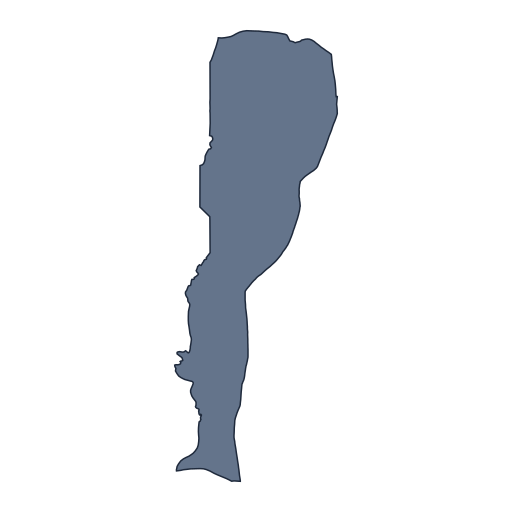 the district of Leuk Daek, Kândal, Cambodia
{"feature_id": "14789045B16500497794809", "entity_name": "Leuk Daek", "entity_type": "district", "adm_level": 2, "iso_a3": "KHM", "parent_name": "Cambodia", "parent_adm1": "Kândal", "projection": "albers", "projection_center": [105.189, 11.12], "detail": "fine", "context": "isolated", "style": "filled", "palette": "slate", "viewbox_px": 512, "rotation_deg": 0, "n_neighbors": 0, "source": "geoboundaries", "source_scale": "gbopen_adm2", "svg_char_len": 6060}
<svg xmlns="http://www.w3.org/2000/svg" viewBox="0 0 512 512"><path d="M218.3,37.8L218.0,39.7L217.5,41.6L216.6,44.8L215.6,48.0L214.5,50.8L213.2,55.0L212.0,58.2L211.4,59.9L210.0,62.3L210.1,98.9L209.9,102.2L210.0,105.5L210.1,108.6L209.9,110.9L210.1,113.4L210.2,123.4L209.6,135.6L211.7,136.2L212.4,137.3L212.8,138.9L212.5,140.2L211.7,141.1L210.0,142.9L209.9,144.8L210.4,145.9L211.4,147.4L210.6,148.8L208.8,149.2L207.1,152.0L205.9,154.4L205.2,156.1L205.1,157.3L205.0,159.4L204.8,160.5L204.2,162.3L203.5,163.7L202.3,164.8L200.6,165.4L200.0,165.6L199.9,207.0L209.8,216.7L209.9,220.3L210.1,252.7L206.3,257.7L206.6,258.8L206.2,259.3L204.9,259.6L204.0,260.4L203.5,261.7L202.5,263.0L201.7,264.5L201.1,265.4L199.4,264.8L197.6,266.7L197.3,268.1L196.6,269.8L196.2,270.7L196.9,272.1L197.7,272.8L198.4,274.0L197.9,274.9L196.5,276.1L194.2,277.6L194.3,278.7L193.7,279.3L191.9,279.4L191.5,280.4L191.2,282.3L190.9,283.7L190.7,285.1L190.0,285.6L188.9,285.7L188.2,286.4L187.4,288.5L186.8,290.1L185.5,292.0L185.4,293.4L185.7,294.7L186.0,295.6L186.8,297.0L187.6,298.1L187.8,299.8L187.9,301.0L188.2,301.7L189.0,302.7L189.6,303.8L189.8,304.7L189.6,306.4L189.1,308.5L188.5,311.3L188.4,313.7L188.3,316.4L188.3,320.5L188.5,323.7L189.0,326.6L189.5,330.1L189.9,333.4L190.4,335.5L191.2,337.7L191.4,339.8L191.1,342.0L190.8,344.1L190.3,346.7L190.3,348.1L190.1,349.1L189.9,350.4L189.2,352.2L188.6,352.8L187.7,352.6L187.2,352.1L186.4,351.3L185.5,350.8L184.7,351.4L184.0,351.9L182.5,352.1L181.3,351.9L179.5,351.6L178.1,351.9L177.4,352.1L177.0,352.8L177.1,353.9L179.0,355.4L179.9,356.1L181.8,357.5L182.2,358.3L182.6,359.6L182.7,360.5L181.6,361.0L180.7,361.1L180.1,361.5L180.8,362.5L180.5,363.7L179.3,364.5L177.6,364.8L176.0,364.7L174.7,365.1L174.8,366.1L175.2,367.2L175.9,368.4L175.6,370.1L175.5,371.0L176.5,372.8L177.4,374.2L178.7,376.0L180.8,377.5L182.9,378.6L184.8,379.5L187.8,380.3L189.9,380.9L192.0,381.4L192.8,382.0L193.2,382.7L193.2,383.5L193.0,384.1L192.2,386.2L191.2,388.4L190.6,390.2L190.6,392.2L191.3,394.5L191.9,396.1L193.0,397.9L194.3,399.6L195.7,401.4L196.1,402.8L196.0,404.2L196.0,405.4L195.5,406.4L195.7,407.2L196.6,408.1L197.5,408.5L198.6,408.9L199.1,409.9L198.6,411.0L198.8,412.0L199.0,413.8L199.5,414.8L200.0,415.1L200.8,414.3L201.4,415.0L201.3,415.7L200.7,416.9L200.5,417.8L200.7,418.9L200.9,419.6L200.4,420.3L200.2,421.2L199.1,421.9L199.0,422.9L198.7,425.6L198.5,427.8L198.4,431.6L198.6,435.0L198.9,438.2L198.7,441.5L198.2,445.2L197.2,448.1L195.1,451.1L193.2,453.2L191.3,454.6L188.9,456.2L186.0,457.5L183.4,458.9L180.9,460.8L179.7,462.3L178.3,464.3L177.1,466.5L176.7,468.6L176.4,469.9L176.5,470.9L178.2,470.7L180.5,470.4L183.6,469.7L186.4,469.4L190.4,468.9L193.8,468.8L196.2,468.7L200.1,468.6L203.5,468.8L206.2,469.5L209.9,471.0L214.1,473.3L217.6,474.9L221.7,476.6L226.3,478.5L229.0,479.8L231.6,481.2L234.1,480.9L238.6,481.2L240.3,481.3L240.3,480.5L240.0,478.5L239.5,475.4L239.2,472.7L238.9,469.8L238.6,467.9L238.3,465.3L237.7,461.5L237.2,458.0L236.6,454.3L236.2,451.6L235.9,449.4L235.5,446.9L235.1,444.7L234.9,443.4L234.7,441.3L234.2,438.8L234.0,437.3L234.0,435.1L234.1,433.5L234.2,431.3L234.3,427.6L234.6,424.3L234.8,420.5L235.4,417.9L236.2,415.5L237.0,413.0L237.9,410.7L239.1,407.9L239.9,406.0L240.2,404.6L240.4,402.3L240.7,399.8L240.9,396.8L241.2,392.0L241.6,388.1L241.8,385.6L242.0,384.0L242.4,383.3L242.7,382.3L243.1,381.3L243.4,380.8L243.7,380.0L244.0,379.0L244.2,378.1L244.4,377.2L244.7,375.2L244.8,373.9L245.0,372.5L245.2,371.2L245.4,370.1L245.6,368.4L245.8,367.3L246.0,366.1L246.5,364.5L246.8,363.0L247.1,361.7L247.4,360.4L247.6,358.9L247.9,357.8L248.0,356.2L248.0,355.0L248.0,353.3L248.0,352.0L248.0,351.0L248.0,349.8L247.9,346.7L247.9,345.2L247.8,342.5L247.8,339.4L247.7,337.0L247.6,334.5L247.7,332.1L247.4,328.9L247.4,326.6L247.2,323.9L247.1,321.6L246.9,318.7L246.6,316.0L246.4,314.0L246.0,310.7L245.6,308.0L245.5,304.5L245.3,302.2L245.1,300.1L245.1,298.0L245.1,296.2L245.1,294.0L245.1,292.1L245.3,291.0L246.1,289.9L246.7,289.0L247.4,288.2L248.5,286.8L249.1,286.2L250.3,284.6L250.7,284.2L251.2,283.5L251.9,282.6L252.6,281.9L253.3,281.1L254.1,280.3L255.0,279.5L255.6,278.9L256.3,278.0L257.1,277.2L257.9,276.5L258.8,275.8L259.9,275.1L260.8,274.5L261.8,273.6L263.4,272.1L264.8,270.8L266.7,269.1L268.1,268.0L270.1,266.4L272.0,264.6L273.8,263.0L275.7,261.2L277.1,259.6L278.5,257.9L280.1,256.0L281.3,254.4L283.0,251.5L283.8,250.6L285.0,249.0L285.8,247.9L286.8,246.2L287.6,245.1L288.3,243.6L289.1,242.0L289.8,240.4L290.4,238.8L291.1,237.2L291.8,235.3L292.3,233.9L292.7,232.9L293.0,231.5L293.5,230.2L294.0,228.7L294.5,227.5L295.0,225.7L295.4,224.7L295.9,223.2L296.4,221.5L296.9,220.1L297.6,218.0L298.0,216.4L298.3,215.5L298.6,214.3L298.9,213.0L299.4,211.1L299.7,209.3L299.9,207.4L300.2,206.1L300.1,205.0L300.0,203.8L299.9,202.3L299.7,201.4L299.5,200.0L299.5,198.8L299.1,197.1L299.0,195.9L299.1,194.6L299.2,193.5L299.2,192.3L299.2,191.1L299.1,189.7L299.2,188.5L299.3,187.5L299.5,186.1L299.6,184.6L299.9,183.6L300.2,182.0L300.2,181.5L301.0,180.6L302.4,179.1L303.3,178.1L305.1,176.4L307.4,174.7L311.1,172.1L313.6,170.5L316.1,168.3L317.4,166.6L318.2,164.6L319.4,161.5L321.0,157.3L322.8,153.2L323.7,150.8L325.0,147.8L326.2,144.6L327.3,141.3L328.2,138.8L328.9,136.6L329.8,134.4L331.4,130.4L332.5,126.9L333.7,123.6L334.7,121.3L335.7,118.7L336.5,116.3L337.3,113.6L337.3,112.9L337.2,111.9L337.2,110.4L337.0,107.6L336.7,105.1L336.6,104.3L336.8,102.0L337.3,96.6L336.2,96.7L335.9,94.4L335.7,89.3L335.3,84.4L334.9,80.8L334.2,76.8L333.5,73.3L332.9,69.5L332.4,65.8L332.1,62.5L331.8,59.8L331.6,56.8L331.3,54.4L328.7,52.4L326.1,50.7L323.7,48.9L321.3,47.3L318.8,45.2L315.8,42.9L314.2,41.5L311.7,40.0L309.5,39.2L307.6,39.0L305.4,39.2L303.4,39.7L301.6,40.1L300.4,41.3L299.6,41.5L299.1,41.7L298.1,41.9L296.9,42.2L295.2,42.7L294.4,42.4L293.4,41.8L291.6,41.3L290.0,41.0L289.3,39.9L288.6,38.6L287.6,36.4L286.7,35.0L284.9,34.2L281.7,33.6L276.8,32.7L273.0,32.4L268.5,31.8L263.2,31.6L258.7,31.1L254.2,31.0L251.4,30.9L246.8,30.7L243.1,31.2L239.5,32.2L236.0,33.9L233.4,35.4L231.0,36.5L228.3,37.1L224.8,37.7L221.8,38.0L219.9,37.9L218.3,37.8Z" fill="#64748b" stroke="#1e293b" stroke-width="1.5"/></svg>